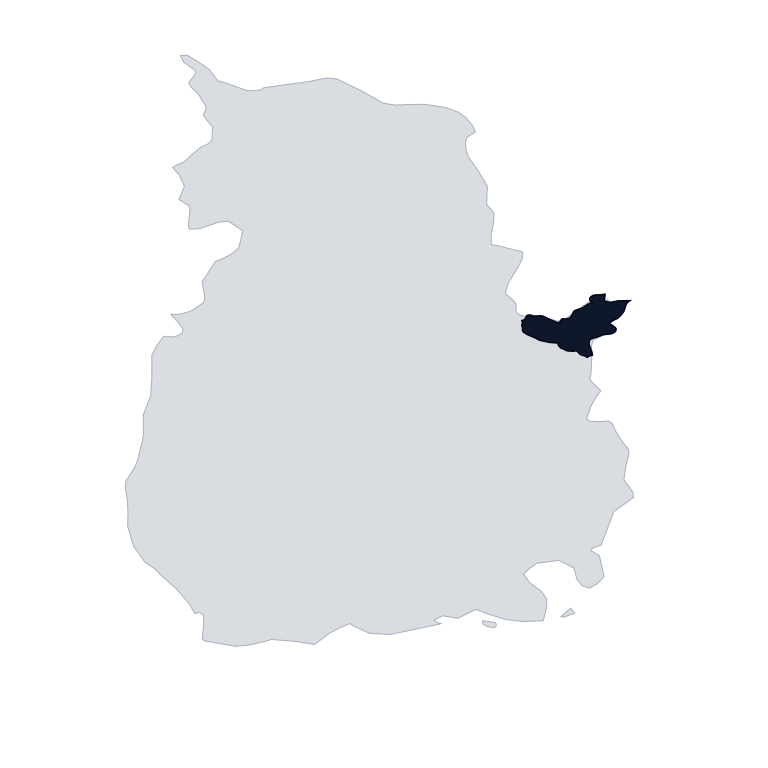 Svay Rieng on a map of Cambodia (Robinson projection), rotated 282°
{"feature_id": "KHM-1801", "entity_name": "Svay Rieng", "entity_type": "Province", "adm_level": 1, "iso_a3": "KHM", "parent_name": "Cambodia", "parent_adm1": "", "projection": "robinson", "projection_center": [105.82, 11.175], "detail": "fine", "context": "in_parent", "style": "filled", "palette": "ink", "viewbox_px": 768, "rotation_deg": 282, "n_neighbors": 0, "source": "natural_earth", "source_scale": "10m", "svg_char_len": 4468}
<svg xmlns="http://www.w3.org/2000/svg" viewBox="0 0 768 768"><g transform="rotate(282 384 384)"><path d="M662.9,116.4L664.7,123.2L660.1,136.2L655.2,148.0L646.1,158.3L645.7,165.9L642.5,188.5L643.8,195.7L645.9,201.8L648.9,205.1L656.9,227.2L664.1,247.4L671.3,263.9L672.6,274.3L666.1,300.8L658.5,325.1L659.2,337.3L662.4,349.4L666.0,365.6L667.3,386.3L665.4,399.8L662.0,408.1L655.4,416.7L649.6,421.1L642.7,413.8L637.2,413.5L629.8,415.7L624.0,419.0L612.2,431.7L599.1,443.9L580.9,447.1L573.9,456.2L566.3,457.4L551.9,457.9L542.6,460.0L543.0,464.6L542.2,486.2L542.4,491.2L541.0,492.6L534.5,493.2L523.5,489.9L508.6,484.6L498.0,483.7L492.5,493.2L489.3,496.8L485.2,497.4L481.1,499.1L479.6,503.3L479.3,508.5L481.3,517.5L482.1,531.8L481.6,541.5L485.4,547.7L508.2,568.4L514.9,573.6L515.7,576.7L511.7,588.0L515.3,603.8L508.1,603.5L496.2,596.7L490.5,592.6L483.7,595.9L481.3,595.2L476.6,587.4L470.5,579.5L464.2,579.0L451.0,582.1L437.4,584.3L432.3,584.3L430.1,585.7L422.3,597.5L418.9,595.5L405.3,591.0L392.8,589.3L390.3,592.3L391.8,602.0L394.5,611.4L392.9,615.4L386.0,620.4L377.0,629.3L371.4,636.3L367.6,638.0L353.8,637.7L340.0,638.6L334.5,645.1L329.4,650.2L324.9,651.6L307.0,635.4L271.4,629.8L267.5,622.6L264.1,621.2L260.8,630.5L241.2,639.4L233.0,634.1L227.0,627.5L227.9,619.5L233.6,613.0L243.3,608.3L247.9,591.9L240.5,570.9L234.0,564.8L227.2,559.9L220.0,567.8L213.9,581.1L207.5,588.0L198.6,589.5L185.5,589.0L180.5,569.0L178.9,551.9L180.7,532.4L182.7,520.8L170.2,504.9L169.5,489.7L163.5,481.8L161.7,485.8L161.8,490.1L160.1,487.0L140.4,442.4L137.1,421.7L140.6,405.8L142.6,400.4L136.9,392.1L128.9,382.5L114.7,370.1L113.8,350.3L110.7,327.0L106.5,319.2L100.0,304.9L96.5,293.0L95.4,261.6L97.2,259.1L107.3,258.2L120.2,255.9L122.3,250.8L120.0,246.7L128.3,239.5L140.2,224.0L149.4,207.7L156.0,197.4L160.0,187.2L173.3,172.8L191.7,162.8L204.2,160.5L217.1,157.1L229.6,152.2L235.5,151.8L250.9,157.6L259.2,159.1L268.0,159.0L277.1,159.6L285.0,159.0L303.9,155.0L324.0,158.2L341.9,155.6L364.1,150.9L374.9,153.9L384.9,158.6L386.2,168.2L388.5,172.5L391.8,175.9L396.2,175.9L401.9,169.2L406.6,162.4L408.1,161.1L408.4,164.5L410.7,171.9L414.9,179.3L419.2,184.1L426.3,190.6L431.0,190.9L446.1,184.8L468.9,193.7L471.5,198.1L478.9,207.2L486.8,213.7L504.5,214.1L510.9,198.1L507.8,188.4L497.7,171.5L494.9,161.5L498.2,159.7L515.3,157.8L518.0,155.9L521.8,144.9L526.5,146.1L536.0,147.6L546.0,140.1L551.9,132.2L555.2,135.8L558.7,141.3L562.6,144.5L569.8,149.3L577.8,155.9L582.7,162.5L586.7,165.0L596.9,163.2L599.6,163.5L605.5,155.5L609.6,151.2L613.1,152.4L618.3,152.3L628.9,142.2L634.9,132.9L638.2,130.4L647.7,135.0L651.5,134.1L657.0,121.4L662.9,116.4ZM173.9,542.7L171.9,543.9L170.1,543.9L168.2,542.0L168.4,534.8L169.8,530.5L173.0,529.6L173.9,542.7ZM203.6,613.3L199.5,618.2L193.2,608.2L193.2,605.4L203.6,613.3Z" fill="#d9dde1" stroke="#a8b0b8" stroke-width="1"/><path d="M474.7,505.6L475.8,507.7L477.1,508.5L480.0,509.1L481.2,510.1L481.7,511.5L481.9,513.1L481.6,516.4L483.3,523.0L483.5,524.9L483.2,526.7L482.0,531.0L480.2,540.3L480.3,542.1L481.7,543.3L483.5,543.8L484.9,544.8L485.2,547.5L486.4,551.0L488.6,552.9L494.5,554.5L496.1,556.2L498.8,560.9L500.4,562.9L504.2,566.6L505.7,568.6L506.8,571.2L508.1,568.5L509.7,567.4L511.6,567.7L513.6,569.4L514.9,571.6L516.7,578.7L517.9,581.2L517.1,581.9L516.0,581.9L513.6,581.8L511.7,582.1L511.4,582.5L510.7,583.8L511.0,584.1L510.8,587.3L510.7,587.6L511.2,589.6L513.9,595.3L516.7,607.3L514.3,605.1L511.4,604.2L505.2,603.6L502.3,602.4L499.3,600.7L496.5,598.5L494.5,595.8L493.5,594.5L489.8,591.2L489.6,593.2L488.6,595.9L487.3,598.4L486.3,599.6L484.0,599.7L482.1,598.3L480.6,596.3L479.8,594.5L478.5,590.1L477.8,588.2L474.0,582.5L472.1,578.7L470.3,576.3L467.3,575.9L464.2,577.0L461.6,578.7L459.5,580.2L457.0,581.5L455.4,581.9L454.6,579.8L453.5,578.4L452.6,577.6L452.3,577.1L452.3,576.8L452.8,575.8L453.1,574.9L453.5,570.8L453.7,570.0L454.1,569.1L454.3,568.8L455.5,567.3L455.7,566.9L456.0,566.3L456.4,565.4L456.5,564.8L456.3,564.4L456.1,564.1L455.9,563.8L455.5,562.8L454.6,557.6L454.6,556.0L454.6,554.9L455.1,553.7L455.4,552.7L455.9,549.5L456.1,549.1L456.3,548.8L457.2,548.0L457.6,546.9L457.9,546.6L458.6,546.1L460.3,546.4L460.5,545.8L460.2,545.0L460.1,544.6L459.9,543.7L459.1,537.4L459.1,527.4L459.2,526.7L459.3,526.1L459.9,524.5L460.6,521.8L462.1,514.0L463.5,510.0L464.0,509.2L464.5,508.7L465.1,508.3L468.0,507.7L469.2,506.9L469.6,506.7L470.1,506.6L471.9,506.6L472.8,506.6L473.2,506.5L473.6,506.3L473.9,506.1L474.7,505.6Z" fill="#0f172a" stroke="#020617" stroke-width="1.5"/></g></svg>